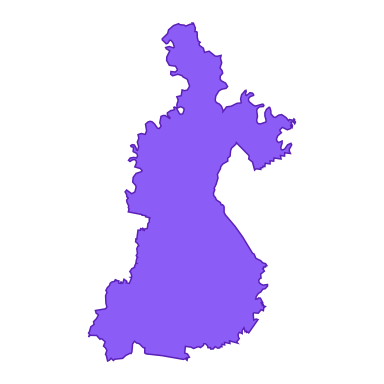 Isla, Veracruz, Mexico (Natural Earth projection)
{"feature_id": "50627088B66667085397963", "entity_name": "Isla", "entity_type": "district", "adm_level": 2, "iso_a3": "MEX", "parent_name": "Mexico", "parent_adm1": "Veracruz", "projection": "natural_earth1", "projection_center": [-95.557, 18.123], "detail": "fine", "context": "isolated", "style": "filled", "palette": "violet", "viewbox_px": 384, "rotation_deg": 0, "n_neighbors": 0, "source": "geoboundaries", "source_scale": "gbopen_adm2", "svg_char_len": 6030}
<svg xmlns="http://www.w3.org/2000/svg" viewBox="0 0 384 384"><path d="M294.6,119.5L293.9,118.9L293.2,120.3L289.4,119.5L288.5,120.7L286.1,117.6L281.7,114.6L278.8,115.1L275.3,117.4L273.8,117.1L271.0,114.0L270.8,110.6L269.8,107.5L269.1,107.2L266.5,109.3L264.9,112.6L264.9,116.0L266.1,120.2L265.9,122.0L260.5,123.9L258.2,123.6L257.0,122.1L256.6,120.0L257.5,116.6L256.7,110.5L257.2,108.9L259.3,106.9L263.4,106.5L263.9,105.3L263.1,104.2L262.1,104.2L255.4,106.1L253.1,105.0L249.1,101.7L248.4,99.7L248.9,97.9L250.5,96.5L253.6,95.4L253.5,94.3L252.4,93.1L249.9,92.7L246.6,95.5L245.9,95.2L245.5,93.2L246.2,91.8L246.0,90.3L245.1,90.6L241.6,94.7L240.6,99.0L241.2,102.5L240.9,103.0L237.0,103.3L231.2,106.2L226.5,106.9L223.0,111.7L222.9,109.9L221.4,106.2L219.3,104.0L216.3,102.5L215.2,100.3L215.8,96.0L218.9,90.9L221.8,89.2L226.0,88.4L227.6,86.6L225.6,83.1L221.3,80.8L220.1,78.9L220.3,76.0L222.7,73.2L222.1,70.7L220.0,67.8L221.7,62.8L220.5,58.4L221.1,55.4L217.1,56.3L215.0,56.0L209.1,51.2L204.5,52.4L203.4,48.2L199.4,45.4L199.1,43.4L200.2,42.3L198.2,40.9L197.3,37.6L197.2,32.8L196.8,31.7L194.9,31.5L195.4,28.1L193.4,23.1L192.1,23.0L192.5,24.1L190.3,24.2L185.7,26.1L184.2,25.1L180.0,24.7L178.6,23.7L173.6,25.5L168.6,29.8L167.6,33.5L162.3,38.7L162.2,39.8L166.2,43.8L167.7,43.3L169.9,40.2L171.2,40.5L173.0,42.8L174.3,47.1L173.3,47.8L169.2,46.5L165.6,47.5L166.3,48.8L169.8,50.8L166.8,56.9L166.6,60.4L169.3,65.3L175.5,66.2L177.3,69.2L177.1,70.4L175.3,72.0L170.9,71.5L170.7,74.3L172.7,75.8L177.8,74.3L181.8,75.5L183.0,76.9L187.3,79.3L189.6,86.2L187.4,90.0L184.4,90.7L182.1,89.9L181.2,95.7L176.8,96.7L178.2,100.2L176.8,104.7L177.2,108.2L180.7,106.6L183.9,108.4L184.0,110.4L182.8,113.7L181.1,114.3L179.6,113.9L176.3,107.9L174.8,107.0L173.8,107.4L174.4,109.5L173.9,110.0L170.9,110.5L167.4,112.8L167.3,114.3L168.3,116.3L170.0,117.5L169.7,118.4L165.2,115.5L163.1,115.5L161.0,116.4L159.8,122.8L161.1,126.1L159.3,128.5L157.5,128.2L154.4,123.8L152.1,121.8L150.1,121.3L147.9,122.0L145.5,124.2L146.6,130.8L145.2,134.4L141.3,133.5L138.0,134.6L138.8,138.2L137.3,142.1L138.6,146.6L137.5,150.4L136.4,149.9L136.0,147.7L134.4,145.0L132.3,144.6L130.7,145.6L131.1,146.7L133.5,147.3L133.1,151.6L136.8,153.5L137.6,155.9L136.7,157.8L133.6,157.4L130.2,158.0L128.5,160.3L130.0,161.5L132.8,159.7L135.1,159.7L136.1,160.8L136.5,162.8L134.8,166.9L140.4,168.6L142.1,170.7L141.1,171.8L136.1,173.4L133.2,177.3L132.7,182.1L135.6,185.4L136.1,187.0L134.9,191.9L131.7,193.7L126.6,190.0L125.1,191.9L126.5,194.3L126.9,196.9L128.2,198.0L126.6,200.1L127.1,202.7L128.7,205.8L128.3,207.7L129.0,208.7L128.3,211.9L141.7,214.5L142.0,214.0L141.9,215.1L145.7,215.7L145.6,216.8L149.9,217.7L150.0,218.1L149.2,218.8L149.3,221.8L147.9,223.7L147.3,228.4L144.5,229.0L144.3,230.0L143.6,229.1L143.1,229.9L142.6,228.3L141.7,229.0L140.6,228.6L140.4,230.3L138.0,230.1L136.8,239.0L135.9,238.9L135.6,241.8L137.5,243.4L138.8,245.9L137.7,246.5L136.8,248.6L137.4,253.5L136.2,255.7L137.6,257.3L137.0,257.6L136.3,260.4L135.9,262.9L136.6,263.3L135.8,263.5L134.5,266.4L134.6,267.3L131.7,268.8L129.8,271.7L130.7,272.5L131.7,275.7L131.5,277.3L130.6,277.4L131.5,278.0L129.3,283.4L126.3,282.8L126.8,281.3L124.0,279.2L122.7,283.2L121.2,282.6L120.9,281.3L120.8,283.4L118.7,283.0L118.9,280.9L115.9,280.6L116.3,280.1L115.3,279.7L114.4,281.4L111.6,282.1L110.1,283.4L109.5,285.5L107.4,287.5L105.9,290.5L107.0,292.3L105.6,295.7L105.9,303.2L106.9,306.9L105.6,308.8L95.4,310.5L96.2,313.3L98.1,314.5L98.2,315.4L96.5,318.6L93.5,321.7L94.1,324.4L90.8,326.8L89.5,331.5L88.5,333.1L89.6,334.5L88.5,337.0L90.2,335.3L96.7,335.5L100.0,339.3L100.7,338.7L102.0,339.0L105.2,341.8L103.5,346.1L105.4,347.8L106.9,350.3L105.5,354.4L106.3,355.5L107.6,361.0L109.4,360.2L111.1,358.3L113.4,360.5L114.8,359.2L122.6,358.4L125.7,355.5L129.8,353.4L131.1,353.5L131.9,351.9L132.6,343.9L134.5,341.2L136.5,343.0L139.3,343.7L143.3,347.7L144.8,347.7L144.7,352.9L146.2,353.9L161.8,355.6L183.4,359.4L185.4,358.6L186.3,359.6L186.5,358.5L187.2,359.7L187.5,357.9L189.4,357.3L187.5,354.0L184.7,353.0L185.4,346.4L190.9,347.1L193.6,348.5L198.3,346.6L200.5,347.6L203.4,345.4L203.8,343.7L205.8,343.9L207.5,345.8L208.0,347.7L210.4,347.7L210.8,349.1L213.3,348.9L215.1,346.7L217.9,348.2L219.7,347.9L220.5,346.5L221.9,346.8L221.9,344.3L224.7,344.9L224.5,342.4L230.0,343.5L229.5,340.9L237.7,343.1L236.7,341.9L239.3,338.6L238.4,337.0L238.1,334.4L239.4,332.3L242.2,333.6L242.1,330.6L244.0,327.8L245.1,331.7L246.1,331.1L246.7,332.4L247.4,331.9L248.7,332.9L258.0,319.6L256.1,319.0L253.7,320.0L253.2,313.6L253.9,312.8L258.3,313.2L261.2,309.7L263.4,310.7L263.9,306.1L264.6,307.2L265.4,306.5L263.4,305.7L263.1,303.8L263.0,305.5L262.3,305.5L262.3,303.4L261.5,303.4L261.2,302.7L262.7,302.6L260.4,298.2L258.6,297.9L257.5,298.9L255.7,299.1L256.3,296.4L258.4,293.4L260.9,291.9L262.7,289.2L265.2,288.7L267.6,286.0L267.5,284.5L263.3,285.1L261.2,284.3L259.2,282.7L258.7,280.7L259.5,278.9L261.1,278.1L260.6,274.2L264.4,271.1L262.8,268.5L263.6,268.2L263.6,267.0L265.5,267.0L265.5,266.1L266.9,265.7L265.6,263.7L262.7,262.8L260.6,260.6L255.9,258.3L254.2,254.2L252.5,253.2L242.6,236.9L235.1,226.4L225.2,214.7L224.1,212.3L224.1,206.8L223.4,205.5L222.4,204.7L221.3,204.8L220.3,202.5L216.3,199.8L215.4,197.5L213.7,195.6L213.5,193.1L214.8,189.7L214.1,188.4L216.1,184.3L218.0,178.0L217.4,174.3L220.4,168.8L220.8,166.6L222.9,163.9L227.8,161.1L227.7,158.1L230.1,156.1L230.6,150.6L231.6,148.1L235.9,144.1L236.3,142.6L248.7,155.3L249.1,156.2L248.7,159.0L252.5,162.1L254.6,170.1L256.1,168.8L260.8,169.4L260.5,168.0L262.8,167.6L262.9,166.3L264.9,166.6L265.2,163.3L270.1,163.9L270.1,160.8L273.7,161.2L274.0,158.0L281.1,159.0L280.4,155.5L284.6,156.1L284.7,152.8L290.4,153.5L289.4,151.3L289.3,149.2L291.7,144.9L290.9,143.3L287.6,144.8L284.6,149.1L282.1,150.0L281.1,149.2L280.8,147.3L282.1,143.3L282.1,141.0L278.7,142.5L277.2,141.5L276.4,139.0L277.9,135.6L281.4,132.7L279.8,130.5L280.2,129.4L282.5,127.4L287.3,129.8L290.8,128.5L291.3,127.5L290.3,124.5L292.2,127.2L292.5,125.6L290.8,122.3L293.2,121.7L294.7,123.8L295.5,122.1L294.3,120.3L294.6,119.5Z" fill="#8b5cf6" stroke="#5b21b6" stroke-width="1.5"/></svg>